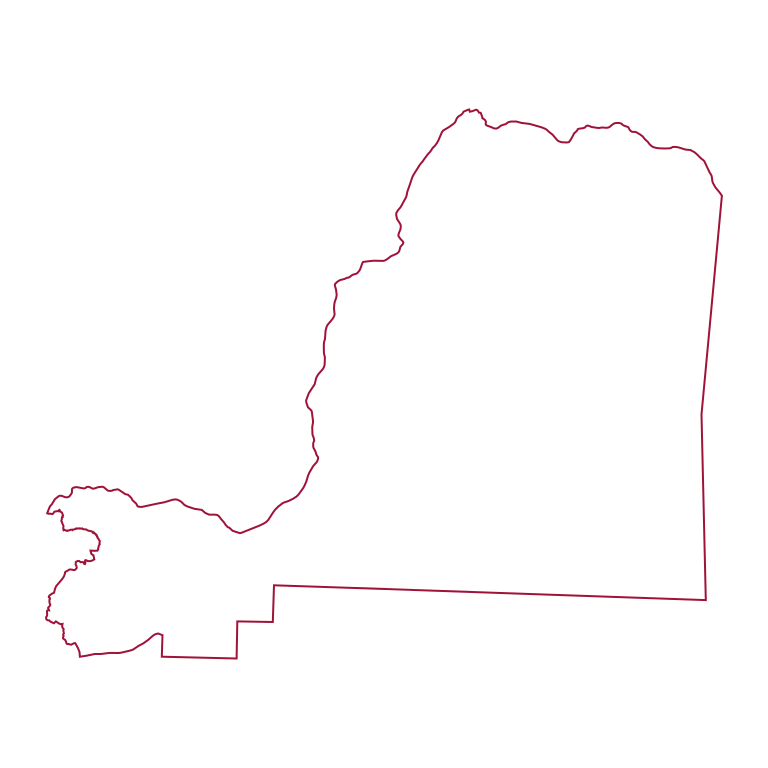 outline of Languiñeo, Chubut, Argentina
{"feature_id": "61730980B26762692885030", "entity_name": "Languiñeo", "entity_type": "district", "adm_level": 2, "iso_a3": "ARG", "parent_name": "Argentina", "parent_adm1": "Chubut", "projection": "orthographic", "projection_center": [-71.241, -43.268], "detail": "fine", "context": "isolated", "style": "outline", "palette": "rose", "viewbox_px": 768, "rotation_deg": 0, "n_neighbors": 0, "source": "geoboundaries", "source_scale": "gbopen_adm2", "svg_char_len": 5925}
<svg xmlns="http://www.w3.org/2000/svg" viewBox="0 0 768 768"><path d="M705.8,600.1L701.5,414.5L721.9,195.7L719.4,192.2L715.5,187.5L713.2,183.5L712.6,182.2L712.3,180.7L711.7,176.2L711.1,174.8L709.5,172.2L704.3,161.2L703.3,160.2L700.9,158.3L696.6,154.0L694.3,152.1L690.3,150.0L685.7,149.6L678.5,147.4L675.5,146.9L672.6,147.0L671.3,147.8L669.8,148.3L665.3,148.5L659.3,148.3L656.2,147.9L653.3,147.1L652.0,146.4L649.7,144.4L647.9,142.0L644.6,138.9L642.8,136.5L640.4,134.7L636.5,132.3L635.0,131.9L632.0,131.8L630.8,131.0L629.7,129.9L628.3,127.2L624.0,125.6L622.7,124.9L621.6,123.8L620.3,123.2L618.0,122.9L615.8,123.0L614.3,123.4L612.3,124.6L609.4,127.1L608.1,127.6L606.5,127.8L602.0,127.5L599.0,128.0L596.8,127.8L591.6,127.0L588.8,125.8L587.2,125.6L586.0,126.2L585.0,127.5L582.9,128.2L579.1,128.7L577.7,129.2L577.2,130.5L573.9,133.6L573.3,135.1L570.7,139.7L568.9,142.1L566.8,142.5L561.5,142.2L558.6,141.2L557.4,140.3L552.5,134.6L548.9,131.8L546.7,129.7L544.8,128.6L541.2,127.2L529.6,123.9L521.4,122.9L516.3,121.5L511.0,121.5L508.1,122.3L505.7,124.1L502.8,124.9L500.7,125.8L498.3,127.7L496.3,128.6L494.0,128.4L491.3,127.1L487.0,125.6L485.8,124.7L485.7,123.2L486.0,121.8L485.3,120.4L483.7,118.9L482.4,118.3L482.2,116.8L480.7,112.8L479.1,112.7L477.5,110.3L476.0,109.7L472.5,111.1L469.8,111.7L469.2,109.5L467.9,109.8L463.5,111.7L462.6,113.4L461.0,114.9L458.4,116.5L456.9,118.2L455.1,122.3L453.4,123.9L449.1,127.0L443.2,130.5L441.9,132.2L438.3,140.6L436.8,143.2L435.0,145.7L432.8,147.8L430.3,151.6L428.2,153.8L423.7,159.8L422.9,161.1L420.0,164.5L413.5,174.8L412.2,177.5L409.8,184.7L407.3,191.8L406.4,196.3L405.8,197.7L400.7,207.0L397.8,210.5L396.3,213.1L396.2,214.6L396.4,216.1L397.1,219.1L400.0,223.6L400.6,224.9L400.8,226.4L400.4,229.5L399.2,232.2L398.5,234.4L398.4,235.9L400.1,238.5L402.7,241.3L403.4,242.5L402.9,244.0L400.4,246.8L399.2,251.2L398.4,252.4L396.5,253.8L391.0,256.2L387.4,259.0L384.8,260.5L383.3,260.9L373.5,260.7L363.1,261.9L362.3,263.2L360.3,268.9L359.6,270.3L357.7,272.7L356.6,273.6L352.9,274.7L351.0,275.8L349.9,276.9L348.6,277.6L347.1,277.7L344.4,279.0L340.0,280.1L337.4,281.7L335.2,283.8L334.8,285.2L336.0,289.6L336.7,294.8L336.2,297.8L334.7,302.1L334.2,305.1L334.0,308.9L334.6,314.2L334.3,315.6L333.7,317.0L332.5,319.0L327.6,324.8L326.6,326.8L325.6,330.5L325.0,338.8L324.0,342.4L323.8,345.5L323.9,353.0L324.9,357.5L324.6,365.0L323.9,367.2L322.8,369.1L318.3,374.3L317.1,376.2L316.1,378.3L314.7,384.2L308.9,393.0L306.2,400.1L306.2,401.6L306.5,403.1L308.0,407.4L310.4,409.5L311.4,410.6L311.9,412.1L313.0,421.1L313.0,422.6L312.2,427.1L312.5,434.7L313.6,437.5L314.2,440.4L313.2,443.3L313.2,446.3L313.5,447.8L315.6,451.8L316.4,454.7L318.1,457.3L318.1,458.7L317.1,461.6L313.1,466.2L309.3,472.7L308.1,475.5L306.4,481.3L304.6,485.5L303.1,488.2L298.7,494.3L296.6,496.5L292.8,498.9L288.7,500.9L283.0,502.9L278.2,506.6L275.0,509.8L272.4,513.5L268.3,519.9L266.2,522.0L263.6,523.6L259.5,525.6L241.2,532.9L239.8,533.1L232.6,530.8L229.3,527.7L227.8,527.2L225.7,525.0L224.1,522.5L221.1,519.1L219.3,516.7L218.2,515.6L216.9,514.9L213.9,514.6L209.3,514.7L205.2,512.9L201.8,509.9L194.4,508.8L187.2,506.4L184.5,505.0L181.3,501.8L180.1,501.0L177.3,499.7L175.9,499.4L172.8,499.7L164.2,502.3L156.8,503.7L142.0,506.9L138.9,506.8L137.6,506.3L136.2,503.6L132.9,500.6L132.0,499.4L131.4,498.0L128.1,494.8L125.2,494.1L118.9,489.8L117.6,489.3L113.1,490.1L111.8,490.8L108.8,490.9L107.4,490.3L103.9,487.3L102.6,486.7L98.0,487.2L93.8,488.7L92.3,488.5L89.6,487.1L88.1,486.8L86.7,487.0L85.5,488.0L84.0,488.5L76.6,487.1L73.6,487.6L72.3,488.5L71.9,489.8L72.0,491.4L71.8,492.9L71.1,494.2L69.2,496.6L66.9,497.4L64.9,497.1L61.6,495.8L60.1,495.7L58.8,496.1L54.9,499.2L51.9,504.2L50.1,506.2L49.2,508.0L47.2,513.3L48.6,513.8L49.9,513.6L52.1,514.1L53.1,513.6L54.3,511.8L54.7,511.6L58.0,511.0L59.0,511.4L59.2,511.2L59.0,510.2L59.5,509.9L60.2,511.4L62.0,512.7L63.1,515.6L62.3,516.4L62.7,517.1L61.9,517.8L61.9,518.8L61.3,520.9L61.9,521.7L62.1,522.8L63.4,525.7L63.5,526.3L63.2,528.2L63.7,529.3L64.1,529.6L63.5,530.0L63.6,530.3L64.9,529.9L66.2,530.7L67.4,530.9L67.9,530.4L68.6,530.6L70.6,529.7L72.1,529.8L72.4,530.1L73.0,529.5L74.0,529.5L75.6,528.9L75.9,528.5L76.7,528.7L77.0,528.4L77.7,528.6L78.8,528.3L79.2,528.3L79.5,528.6L80.3,528.4L81.1,528.7L82.2,528.4L83.1,529.2L86.4,529.5L87.8,530.5L91.9,531.4L92.6,532.3L93.0,532.1L93.2,532.7L93.8,532.7L93.7,533.2L95.1,533.5L95.8,534.7L96.2,534.7L96.3,535.1L96.8,535.3L96.7,535.8L97.0,536.6L97.5,536.9L97.5,537.7L97.9,538.3L98.3,538.5L98.9,539.9L99.8,541.0L99.8,541.7L99.4,543.0L99.8,544.1L98.6,546.1L98.6,547.1L98.1,548.4L98.3,549.2L97.5,550.6L95.2,550.8L90.5,550.6L91.3,553.7L92.3,554.7L93.5,555.3L93.6,556.5L94.0,557.5L94.0,558.6L94.3,559.4L92.1,560.6L90.3,561.1L87.9,561.1L85.9,560.1L85.3,560.2L85.0,560.7L85.4,562.7L85.3,563.4L84.9,564.1L83.9,563.6L84.0,562.9L83.4,562.2L82.0,562.0L80.7,562.3L79.2,561.0L77.7,561.0L75.9,561.9L75.6,564.5L76.4,565.8L76.7,567.3L76.6,568.2L75.6,569.4L74.4,570.1L70.1,569.4L69.3,569.6L66.6,571.3L65.5,571.7L65.1,572.3L65.0,573.3L64.0,576.3L62.3,578.9L56.2,586.1L55.1,588.6L54.0,592.8L51.7,593.8L49.4,595.6L48.8,596.6L48.9,597.4L49.8,598.0L50.0,598.9L49.4,599.9L49.5,602.8L50.3,604.6L50.0,605.6L48.1,607.8L48.1,608.2L48.9,609.6L49.1,610.4L48.0,610.2L47.3,610.5L47.0,611.0L46.9,612.0L47.2,614.2L47.0,615.8L46.1,617.2L46.2,618.9L46.9,619.8L48.1,620.4L49.3,620.4L50.2,621.5L53.9,623.3L55.9,621.4L59.2,623.6L60.7,624.2L62.5,623.9L62.1,626.2L62.6,627.8L63.7,629.2L63.3,630.3L63.9,633.5L63.1,634.6L63.6,636.0L63.0,637.4L63.1,638.4L63.9,639.2L65.1,639.8L66.0,641.7L66.6,643.6L67.2,644.0L68.5,644.0L71.1,644.7L74.1,643.2L75.2,643.1L78.0,648.1L79.5,652.1L79.9,656.7L86.0,655.8L94.8,654.0L100.8,654.0L109.7,652.9L118.7,653.0L121.6,652.6L130.4,650.5L133.2,649.5L138.2,646.1L143.4,643.3L148.3,639.8L152.8,635.8L155.3,634.2L158.2,633.5L162.5,635.2L161.8,656.7L236.6,658.5L237.3,621.4L272.8,622.0L274.0,585.3L385.0,589.0L567.4,595.3L705.8,600.1Z" fill="none" stroke="#9f1239" stroke-width="2"/></svg>